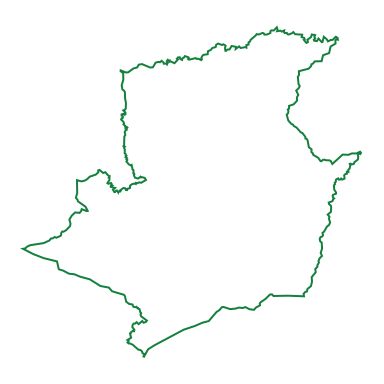 Majune, Niassa, Mozambique (orthographic projection)
{"feature_id": "85939544B16952446601864", "entity_name": "Majune", "entity_type": "district", "adm_level": 2, "iso_a3": "MOZ", "parent_name": "Mozambique", "parent_adm1": "Niassa", "projection": "orthographic", "projection_center": [36.348, -13.329], "detail": "fine", "context": "isolated", "style": "outline", "palette": "green", "viewbox_px": 384, "rotation_deg": 0, "n_neighbors": 0, "source": "geoboundaries", "source_scale": "gbopen_adm2", "svg_char_len": 5921}
<svg xmlns="http://www.w3.org/2000/svg" viewBox="0 0 384 384"><path d="M23.0,248.8L33.1,254.0L43.6,258.1L57.0,261.4L58.7,269.0L59.4,269.5L63.4,270.7L69.0,273.7L74.5,274.3L80.2,276.7L89.8,279.3L100.4,286.0L108.9,287.6L112.1,291.3L124.0,294.8L124.9,296.1L126.2,301.7L129.1,303.9L132.5,304.5L133.4,306.8L135.5,307.2L136.5,306.8L137.3,308.1L138.0,308.0L138.3,308.8L139.5,309.1L140.2,312.0L141.2,313.2L140.5,314.3L141.1,316.3L146.9,320.6L145.8,322.0L143.5,322.7L142.3,321.0L138.6,324.1L136.6,322.2L135.2,323.5L133.8,323.5L132.7,324.8L132.3,327.0L134.3,329.8L133.6,330.2L133.9,331.2L132.6,331.1L131.2,332.0L130.6,333.5L130.0,333.5L131.1,337.7L127.5,340.0L128.6,340.5L128.5,341.5L127.5,342.4L128.6,343.5L129.5,343.3L132.7,344.7L138.4,349.7L140.3,349.9L142.0,351.4L142.6,353.3L144.1,353.9L144.2,355.2L143.5,356.4L144.0,356.7L148.1,349.3L154.6,345.2L183.7,329.7L195.1,325.9L202.4,322.7L208.7,321.1L216.6,311.9L219.4,310.1L222.0,307.1L223.6,307.0L230.1,309.1L235.5,308.6L238.8,307.6L242.8,308.0L245.4,307.1L249.4,309.2L254.0,309.8L255.9,307.6L260.0,305.3L259.8,303.4L260.7,302.2L265.4,299.0L270.0,294.5L272.0,294.4L273.5,296.0L287.9,295.7L304.0,296.3L303.6,293.8L305.3,291.9L306.9,291.5L307.5,288.9L310.9,286.2L312.0,281.8L311.7,277.1L315.7,272.3L315.3,269.0L317.4,266.8L317.4,265.2L318.9,262.6L318.5,261.1L319.5,258.4L322.0,255.9L320.7,252.9L322.1,248.5L321.7,242.6L320.1,241.2L319.7,239.0L320.5,237.1L322.1,236.6L323.0,235.3L322.5,232.9L324.0,231.7L327.0,226.5L329.1,224.9L330.1,222.4L328.9,218.6L329.5,216.8L327.7,214.6L330.9,211.9L331.2,207.4L330.9,205.7L329.1,204.2L328.7,202.6L332.5,201.1L333.0,199.5L334.1,198.4L333.1,197.6L332.6,195.9L333.1,194.8L336.0,193.7L336.1,192.6L334.2,189.5L333.9,185.3L335.1,184.1L334.7,182.7L335.8,181.8L335.9,179.8L337.0,178.9L338.2,178.4L338.9,179.7L340.5,179.4L341.1,178.6L342.1,179.6L344.6,178.6L344.2,175.2L345.2,174.2L346.9,173.7L346.8,171.8L347.3,171.4L348.4,171.9L348.4,169.7L349.7,168.4L350.3,164.9L349.8,163.9L350.7,163.6L351.8,164.5L354.0,163.7L354.3,162.3L357.9,159.5L358.3,156.8L357.9,155.4L358.5,153.9L359.3,153.5L360.3,154.0L361.0,152.9L360.1,151.7L356.3,153.5L352.0,153.4L348.5,154.8L342.6,154.6L332.3,164.0L330.8,161.1L329.5,160.4L325.5,160.2L324.4,159.6L322.7,160.0L321.4,161.2L320.5,161.1L318.3,157.9L313.2,154.8L312.9,153.4L311.4,152.1L311.6,149.4L308.9,147.3L307.5,140.0L306.4,138.7L305.4,138.5L305.3,136.8L302.4,133.0L300.7,132.3L296.7,127.7L293.7,125.9L293.1,124.7L291.2,123.8L288.3,120.5L286.7,114.6L288.1,113.2L288.4,111.0L287.8,109.5L289.1,108.6L289.0,105.9L293.7,104.3L297.0,100.7L296.9,97.4L298.3,94.9L296.2,90.6L299.1,87.7L299.7,85.9L298.6,84.2L297.8,77.0L299.0,74.9L298.9,71.2L308.6,68.7L311.1,66.1L311.5,64.3L313.1,63.5L314.7,61.4L321.6,61.2L323.1,55.2L329.1,53.1L330.6,46.5L335.5,43.6L335.4,40.4L336.3,39.4L337.9,39.7L337.5,37.8L335.8,36.8L332.6,39.9L330.7,40.0L328.0,41.4L326.6,39.1L323.8,36.8L322.5,42.0L321.8,42.2L318.5,38.5L316.9,41.1L314.2,40.7L313.8,39.8L315.2,38.5L314.4,36.7L315.1,35.1L311.8,34.5L311.0,37.1L307.4,39.8L308.0,42.0L306.4,42.9L303.8,39.8L304.7,39.1L304.1,37.8L301.6,37.1L302.2,34.7L295.1,34.2L293.3,32.1L291.9,33.3L288.7,34.5L287.7,34.3L286.8,32.9L284.8,33.1L284.0,32.2L284.2,30.5L281.8,31.6L280.6,30.7L277.1,31.2L277.6,29.9L276.8,27.3L273.8,30.5L271.3,30.4L270.4,31.2L270.4,33.0L267.0,34.5L264.4,34.6L263.8,33.4L262.6,32.9L258.9,34.5L256.6,34.1L255.8,35.4L250.6,39.8L250.0,41.5L248.6,42.3L248.5,44.6L246.4,45.0L246.4,47.6L245.5,47.1L240.6,48.0L239.1,46.4L235.7,49.0L235.9,46.8L231.6,46.0L229.6,49.4L227.3,49.6L226.1,50.8L225.4,50.8L225.0,48.0L225.6,45.7L223.3,44.3L222.0,45.0L218.2,43.6L216.2,44.7L215.6,47.1L212.5,47.9L210.7,50.0L208.0,51.2L207.7,54.2L203.4,54.9L202.6,55.6L201.3,57.9L201.9,59.2L201.2,60.1L198.5,58.8L196.5,58.9L195.7,58.1L189.0,59.7L188.0,59.0L188.8,57.9L188.5,57.3L184.9,56.1L183.8,57.7L182.5,58.2L182.1,59.9L180.3,59.0L179.8,57.3L178.1,57.3L176.9,58.7L177.9,59.5L174.5,63.2L170.4,61.3L169.4,61.8L169.6,60.5L168.6,60.7L167.8,59.8L166.7,61.2L167.5,63.2L167.0,64.4L166.4,63.6L163.8,63.7L163.6,62.6L161.6,60.8L160.1,62.2L158.2,61.9L155.6,62.7L152.9,67.3L150.1,67.5L142.0,64.1L138.7,64.7L137.2,67.4L133.2,68.6L128.2,72.3L126.0,72.5L120.7,70.4L120.6,71.2L123.2,73.1L123.3,79.8L121.7,85.3L122.4,89.5L124.3,90.9L124.9,92.5L125.1,98.6L125.9,102.4L125.8,108.4L125.2,109.5L123.3,110.4L125.4,112.4L125.5,113.8L124.4,113.7L124.4,114.6L123.4,113.9L121.6,114.4L121.6,115.6L122.5,115.9L123.0,117.3L122.5,118.2L121.6,118.3L121.1,119.5L123.6,122.1L124.0,123.4L123.5,124.5L125.1,125.7L125.4,127.7L126.6,126.9L127.4,127.6L126.6,128.5L126.7,129.8L125.8,129.9L124.7,132.1L125.3,135.1L124.3,136.6L124.1,145.2L123.5,146.0L124.9,146.7L124.0,147.9L124.8,149.4L124.7,153.2L125.7,154.0L125.6,155.1L126.5,155.8L125.5,157.1L127.0,158.1L126.4,159.2L127.3,160.0L126.4,161.5L128.9,164.4L130.7,165.4L131.6,164.9L132.6,169.6L133.4,170.0L133.6,172.5L133.2,173.0L134.4,174.2L133.9,175.2L134.9,177.6L138.1,178.6L140.5,176.7L141.1,177.5L141.8,177.1L144.7,177.9L146.0,180.0L141.1,182.8L139.2,182.3L137.5,183.2L135.9,182.9L135.8,184.0L134.0,183.6L132.0,184.2L130.1,185.6L129.9,188.1L127.4,188.8L127.1,190.1L125.9,190.0L125.4,188.4L123.6,187.9L120.2,190.3L120.7,190.8L120.0,191.7L118.4,191.7L118.2,192.4L117.1,190.5L116.2,190.5L115.3,191.9L114.4,192.1L112.9,189.7L115.0,187.9L110.7,186.8L110.9,185.7L112.2,185.3L111.4,184.7L111.7,184.0L111.0,183.0L108.4,183.8L107.4,183.1L109.4,180.1L109.5,177.6L108.8,177.5L109.6,176.1L108.0,175.3L105.3,172.2L103.1,173.0L99.5,169.9L98.2,170.4L98.3,172.3L95.8,174.6L89.7,176.7L86.9,179.4L84.7,180.6L81.4,181.4L77.0,180.2L77.2,193.1L75.9,197.8L77.6,199.9L77.9,201.3L85.5,206.7L87.7,210.9L86.8,211.1L81.7,209.2L81.0,211.3L79.5,212.9L75.3,212.4L74.0,213.5L71.8,215.6L69.4,219.5L70.5,223.8L70.0,226.2L66.1,230.2L63.5,231.7L62.3,231.5L61.2,233.0L61.1,235.1L60.5,235.9L56.4,237.7L54.7,237.0L52.8,238.3L50.8,238.6L49.4,240.5L43.7,243.1L30.2,245.2L27.0,246.7L25.4,248.3L23.0,248.8Z" fill="none" stroke="#15803d" stroke-width="2"/></svg>